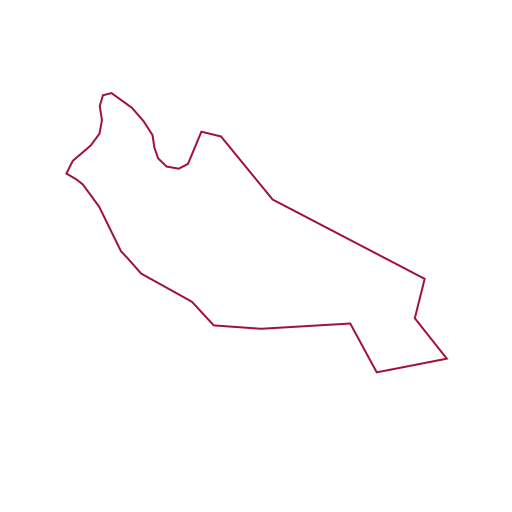 SVG path tracing the border of Ikskiles, rotated 33°
{"feature_id": "LVA-5761", "entity_name": "Ikskiles", "entity_type": "Municipality", "adm_level": 1, "iso_a3": "LVA", "parent_name": "Latvia", "parent_adm1": "", "projection": "natural_earth1", "projection_center": [24.522, 56.856], "detail": "fine", "context": "isolated", "style": "outline", "palette": "rose", "viewbox_px": 512, "rotation_deg": 33, "n_neighbors": 0, "source": "natural_earth", "source_scale": "10m", "svg_char_len": 560}
<svg xmlns="http://www.w3.org/2000/svg" viewBox="0 0 512 512"><g transform="rotate(33 256 256)"><path d="M150.7,328.1L140.1,325.5L97.8,300.2L71.8,290.3L63.8,289.6L52.1,290.1L50.5,276.0L57.2,253.3L58.1,238.6L52.8,226.0L43.2,215.2L40.1,204.5L46.1,198.1L71.2,199.3L88.4,204.2L103.4,211.0L111.8,220.5L120.7,227.4L132.3,229.7L143.7,224.8L148.8,215.8L142.5,181.5L161.5,174.8L239.2,199.6L409.9,183.3L423.1,221.7L471.9,238.2L420.6,287.8L371.8,261.3L300.0,314.2L258.4,337.2L227.2,329.3L169.2,333.3L150.7,328.1Z" fill="none" stroke="#9f1239" stroke-width="2"/></g></svg>